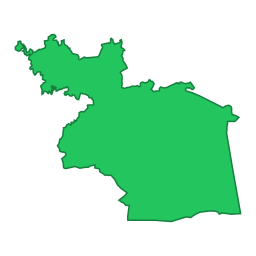 outline of Homs, Homs (Hims), Syria
{"feature_id": "27442178B91557549439519", "entity_name": "Homs", "entity_type": "district", "adm_level": 2, "iso_a3": "SYR", "parent_name": "Syria", "parent_adm1": "Homs (Hims)", "projection": "orthographic", "projection_center": [36.55, 34.443], "detail": "fine", "context": "isolated", "style": "filled", "palette": "green", "viewbox_px": 256, "rotation_deg": 0, "n_neighbors": 0, "source": "geoboundaries", "source_scale": "gbopen_adm2", "svg_char_len": 5390}
<svg xmlns="http://www.w3.org/2000/svg" viewBox="0 0 256 256"><path d="M219.2,214.1L222.4,213.0L231.3,214.2L240.6,213.6L232.5,168.1L226.5,132.6L226.9,130.3L226.9,126.9L227.4,124.4L227.6,121.4L234.5,121.5L235.7,120.7L238.9,117.4L236.2,115.8L232.4,114.5L231.9,113.9L231.5,111.1L231.7,108.3L230.8,106.3L228.8,105.3L226.0,105.8L223.0,107.7L200.2,96.2L192.1,92.7L186.2,91.0L185.5,90.1L186.0,88.4L187.1,87.7L188.7,88.1L189.6,87.8L192.1,89.5L193.1,89.3L194.3,87.7L190.4,82.2L188.7,83.1L185.2,83.6L183.1,83.1L181.7,82.3L180.3,82.1L180.1,82.8L179.0,83.8L178.3,83.9L178.0,82.8L176.2,82.9L175.5,83.4L169.3,86.2L167.2,87.4L164.0,88.0L160.6,87.0L159.5,88.3L159.3,89.3L159.5,90.1L158.8,91.0L155.3,91.0L154.9,91.5L154.0,91.7L152.9,91.4L152.4,90.4L151.0,89.5L152.8,86.9L153.9,84.4L154.0,83.4L152.3,81.4L151.3,81.4L150.6,80.8L150.4,80.3L149.2,79.7L148.3,81.6L147.6,82.1L144.8,82.9L142.7,82.0L141.0,82.7L140.3,83.7L140.3,86.1L139.6,86.7L138.6,86.5L137.7,85.6L134.7,86.4L132.6,86.0L129.9,87.1L126.7,87.6L125.0,88.4L122.3,87.8L121.7,87.0L121.7,85.9L122.1,84.8L122.2,83.4L121.8,81.5L122.1,79.5L122.0,75.6L120.3,72.4L121.0,71.5L127.2,68.1L126.6,66.5L125.0,63.4L123.1,61.2L122.9,60.0L123.1,58.4L122.4,57.4L121.7,55.5L122.6,54.0L123.0,51.0L124.7,50.4L123.6,48.9L121.1,47.4L122.0,42.2L121.2,39.7L119.9,40.4L120.2,42.0L119.8,42.7L116.9,43.4L114.7,44.3L113.2,41.9L112.6,39.3L111.8,39.3L111.2,38.4L110.5,39.1L110.6,41.5L110.2,42.8L106.9,43.2L101.8,44.5L101.4,45.0L102.6,47.3L102.4,48.0L101.4,49.7L99.3,55.0L98.1,56.8L86.1,57.9L84.4,57.0L79.8,59.7L78.5,58.8L78.9,57.4L78.5,56.1L77.5,54.8L72.3,53.5L71.5,51.6L69.7,49.4L69.9,48.2L68.7,48.3L68.0,47.9L68.2,47.4L67.1,46.0L65.5,45.2L64.6,44.4L64.1,42.9L64.0,39.9L63.4,40.1L63.4,40.5L61.4,40.8L61.3,41.4L61.7,42.3L61.3,44.3L60.7,45.1L59.0,45.8L59.0,45.5L59.3,45.3L58.8,44.6L58.2,44.4L58.2,42.3L57.1,41.8L56.5,40.2L53.2,40.2L53.4,38.6L55.9,37.0L55.5,35.5L54.9,35.3L54.0,34.5L51.4,34.8L51.4,35.1L50.4,35.8L48.7,36.7L48.2,37.2L48.5,38.5L48.3,38.9L48.5,40.0L46.1,40.8L44.5,40.8L44.6,42.7L44.9,44.6L45.5,44.8L45.6,45.2L45.4,47.7L45.0,47.6L43.5,48.6L42.1,48.9L41.2,49.6L40.7,49.4L39.6,49.8L39.5,49.4L39.1,49.4L38.4,50.1L37.3,50.4L36.5,51.4L35.3,52.2L34.6,52.0L32.7,52.7L32.6,50.5L30.3,49.0L29.5,50.0L29.2,51.2L28.4,52.1L26.8,52.3L26.5,51.4L26.2,51.2L26.0,50.3L26.4,49.1L25.2,47.0L24.9,47.0L25.0,46.3L24.7,46.3L24.1,47.1L23.5,46.9L23.7,46.0L24.2,45.5L24.1,45.2L23.4,45.6L23.0,45.4L23.0,44.8L22.6,45.2L22.6,44.7L22.0,44.4L21.4,43.3L20.3,43.0L20.7,41.5L20.2,41.5L20.0,41.1L18.0,41.7L18.2,42.5L17.8,44.8L15.4,47.0L15.4,49.2L16.1,50.1L18.7,51.1L19.8,50.9L20.9,50.2L21.1,49.5L22.0,48.4L24.3,47.9L24.9,48.5L24.6,49.2L22.6,51.0L24.2,51.6L24.3,53.4L24.7,54.2L25.2,54.6L25.8,54.2L26.1,54.4L26.6,55.6L27.3,55.5L29.8,54.1L31.4,54.4L29.5,55.9L29.0,57.0L28.6,59.4L29.4,59.9L30.9,60.3L31.5,61.9L30.8,63.7L32.1,65.5L30.0,67.7L30.0,68.9L30.7,69.5L32.1,68.6L32.9,68.8L33.4,72.8L33.9,73.3L34.5,74.9L35.1,74.9L36.0,74.0L36.5,73.4L37.1,72.0L40.2,71.9L40.6,72.1L40.3,74.1L40.6,75.0L41.2,75.5L42.1,74.7L42.6,74.7L42.8,75.8L42.5,79.4L45.2,80.4L45.5,81.3L45.4,82.1L43.3,83.0L42.7,84.3L40.9,85.7L40.9,86.7L42.0,89.6L42.0,94.3L43.4,93.4L43.7,91.6L44.4,91.3L46.5,91.7L47.6,93.1L48.3,93.6L48.7,93.4L48.7,92.6L48.4,92.4L48.6,91.9L49.2,91.9L49.4,91.5L49.8,92.1L50.6,92.1L51.0,94.0L51.7,94.3L52.1,93.6L52.0,93.1L52.3,92.6L51.6,92.2L51.7,91.5L52.0,91.5L51.8,91.1L52.4,91.0L51.7,90.1L52.3,89.7L53.3,90.4L53.8,90.1L53.9,89.8L52.9,88.3L52.2,88.3L52.1,87.7L52.3,87.5L51.7,87.0L52.2,86.9L52.4,86.6L51.5,85.8L52.8,86.1L52.7,86.7L53.2,87.1L53.9,87.3L54.2,86.8L54.4,86.9L54.5,87.4L53.8,88.3L54.2,89.1L54.6,89.1L55.0,88.3L55.8,87.7L55.7,87.3L56.0,87.4L55.6,88.6L56.1,90.2L56.0,90.9L57.0,91.0L57.6,90.8L58.5,89.6L59.7,89.8L60.1,89.2L60.9,89.0L61.0,89.3L61.6,89.3L63.6,88.0L64.9,88.0L65.3,87.5L66.5,87.6L67.0,86.7L67.5,86.8L67.8,87.5L68.4,88.3L68.3,88.9L68.5,90.0L68.1,90.9L67.4,91.3L66.1,91.8L65.1,91.6L64.9,93.0L64.2,93.5L64.7,94.8L65.9,95.3L66.5,94.9L66.7,94.3L68.0,94.3L69.1,94.6L69.4,95.4L70.2,95.9L71.1,96.1L72.1,95.9L72.7,94.7L74.6,95.4L76.1,98.5L77.3,99.4L78.6,99.6L78.5,98.7L79.1,98.3L80.1,94.7L80.7,93.4L81.3,93.1L82.6,93.8L86.0,94.3L86.3,94.8L88.0,95.5L88.5,96.0L89.0,97.6L92.0,98.1L91.9,99.0L92.3,99.6L93.0,99.8L93.2,100.4L93.6,104.7L92.9,105.0L87.7,105.0L87.4,105.3L87.9,107.9L85.2,110.6L84.5,111.7L81.0,111.6L79.1,112.8L79.1,115.6L78.7,117.3L77.7,117.8L76.2,121.0L75.6,121.2L75.0,120.3L74.4,120.2L74.5,121.3L73.9,121.6L74.0,122.2L73.7,122.6L73.2,122.8L71.9,122.3L71.0,122.5L70.9,122.9L71.5,123.4L71.5,124.2L71.1,125.0L70.6,125.2L69.0,123.9L68.6,123.8L66.7,125.0L65.7,127.2L63.5,127.8L63.6,130.1L63.2,130.8L62.8,136.0L61.2,138.4L61.0,139.1L59.8,139.2L59.1,143.0L58.8,144.0L57.5,145.5L57.9,146.7L59.7,148.7L59.5,150.5L60.0,151.5L60.4,151.7L61.3,151.6L62.2,152.1L64.4,152.2L65.2,152.8L65.9,154.0L65.9,154.8L64.9,156.2L61.8,158.7L63.3,163.3L63.4,166.7L63.8,167.9L65.6,168.6L75.1,166.5L79.9,168.2L84.7,167.4L88.4,167.2L89.7,166.2L93.3,165.2L95.0,165.1L94.8,167.9L98.9,168.7L99.4,169.2L99.7,171.6L103.2,173.7L104.4,174.9L105.5,175.3L106.8,174.9L108.1,175.4L111.1,175.3L114.5,179.1L117.6,185.0L121.1,188.5L127.2,192.8L124.0,196.3L118.9,200.2L121.9,202.3L123.9,203.1L125.8,205.4L129.2,205.4L127.7,216.6L127.8,220.2L155.4,220.3L171.4,221.5L186.6,216.8L190.6,217.6L195.2,214.4L199.9,212.2L210.2,210.9L214.4,211.1L216.3,211.4L217.8,212.1L219.0,213.5L219.2,214.1Z" fill="#22c55e" stroke="#15803d" stroke-width="1.5"/></svg>